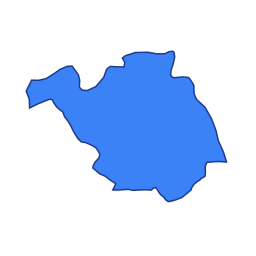 outline of A'zaz, Aleppo, Syria, rotated 63°
{"feature_id": "27442178B26836039619487", "entity_name": "A'zaz", "entity_type": "district", "adm_level": 2, "iso_a3": "SYR", "parent_name": "Syria", "parent_adm1": "Aleppo", "projection": "robinson", "projection_center": [37.201, 36.467], "detail": "fine", "context": "isolated", "style": "filled", "palette": "blue", "viewbox_px": 256, "rotation_deg": 63, "n_neighbors": 0, "source": "geoboundaries", "source_scale": "gbopen_adm2", "svg_char_len": 2235}
<svg xmlns="http://www.w3.org/2000/svg" viewBox="0 0 256 256"><g transform="rotate(63 128 128)"><path d="M176.3,169.7L176.7,169.1L176.8,168.8L177.0,168.4L177.5,167.6L177.7,167.1L179.6,162.9L182.9,155.5L186.0,151.6L187.9,147.1L190.4,141.5L194.0,135.2L193.6,134.4L193.3,133.5L193.3,132.9L193.4,131.6L193.4,131.4L193.5,130.4L195.1,130.1L196.1,129.9L197.1,129.7L197.7,129.7L199.5,129.7L202.0,129.2L203.5,128.6L205.3,127.7L206.7,127.4L208.7,127.1L210.9,126.2L211.9,125.2L212.3,124.8L212.5,123.7L212.6,123.4L212.8,122.5L213.5,119.3L213.7,117.8L214.4,111.6L214.3,111.1L212.5,102.8L211.9,100.4L211.8,99.9L211.7,99.8L210.1,98.3L209.0,96.3L208.2,94.8L207.2,90.9L207.0,87.5L206.2,86.2L206.0,81.4L204.2,80.0L201.3,78.5L197.3,76.6L194.4,73.4L196.8,67.4L199.0,62.5L200.5,59.9L202.1,57.3L203.0,55.7L200.0,55.1L192.8,53.9L188.9,53.7L185.2,53.5L180.3,53.3L180.0,53.2L179.4,53.1L179.1,53.0L171.5,51.1L169.8,50.7L159.0,49.5L157.7,49.4L152.4,49.6L144.3,50.0L134.6,53.6L134.0,53.7L132.6,53.8L130.9,53.9L129.5,53.7L128.6,53.6L128.0,53.6L127.6,53.5L127.4,53.5L124.6,52.2L123.9,51.9L122.0,51.0L120.3,50.2L119.7,50.0L119.4,50.0L118.3,50.0L117.7,50.1L117.3,50.1L111.7,50.7L110.1,51.6L109.6,52.4L108.5,54.2L107.4,56.1L107.0,56.8L104.0,64.5L103.8,64.6L102.3,65.5L101.8,65.7L101.6,65.9L99.9,65.8L98.7,65.1L98.3,64.8L96.2,63.5L92.3,59.5L91.3,58.5L91.1,58.4L90.9,58.2L90.3,57.7L88.2,56.0L85.8,54.1L83.5,53.3L81.2,52.6L79.7,53.6L78.6,57.2L78.6,61.4L75.1,68.5L69.4,76.1L64.1,87.2L63.8,89.0L63.5,91.1L62.4,97.3L63.1,101.3L66.6,101.1L68.1,101.1L71.8,103.8L68.3,110.4L65.0,116.0L66.0,120.4L71.9,126.7L76.5,137.8L76.4,141.1L76.1,147.3L73.5,151.6L69.6,152.8L63.3,149.3L58.0,148.1L47.5,149.7L45.5,154.0L44.9,161.9L46.2,170.7L46.8,178.6L44.9,186.1L41.6,192.2L49.0,202.0L57.7,202.9L61.6,204.8L65.5,206.6L65.6,197.6L66.2,190.1L66.9,184.5L68.8,182.4L71.2,182.8L74.2,182.3L75.5,182.3L77.7,181.7L81.8,180.0L83.7,178.8L89.3,179.4L94.9,178.3L101.1,178.0L107.1,178.1L111.8,177.7L115.0,177.4L119.2,175.9L122.0,172.1L124.9,169.8L127.9,167.4L131.1,165.6L135.2,165.0L138.7,165.1L141.4,167.4L143.4,172.7L146.2,176.6L147.8,177.4L155.8,174.1L160.5,170.3L167.4,167.0L167.8,166.7L168.2,166.5L170.0,165.4L172.1,164.1L176.3,169.7Z" fill="#3b82f6" stroke="#1e3a8a" stroke-width="1.5"/></g></svg>